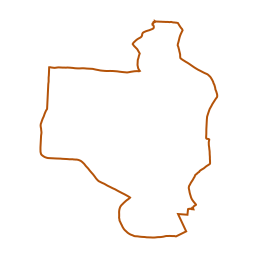 outline of S'ang, Kândal, Cambodia, rotated 183°
{"feature_id": "14789045B53905428212695", "entity_name": "S'ang", "entity_type": "district", "adm_level": 2, "iso_a3": "KHM", "parent_name": "Cambodia", "parent_adm1": "Kândal", "projection": "albers", "projection_center": [105.024, 11.319], "detail": "fine", "context": "isolated", "style": "outline", "palette": "amber", "viewbox_px": 256, "rotation_deg": 183, "n_neighbors": 0, "source": "geoboundaries", "source_scale": "gbopen_adm2", "svg_char_len": 4727}
<svg xmlns="http://www.w3.org/2000/svg" viewBox="0 0 256 256"><g transform="rotate(183 128 128)"><path d="M46.3,120.8L46.9,121.2L47.9,121.3L48.9,121.4L49.3,121.8L49.5,122.6L49.5,123.8L49.5,126.3L49.7,131.0L49.7,136.0L49.7,137.5L49.7,140.5L49.6,143.4L48.8,146.5L47.9,149.7L47.4,151.3L46.8,152.5L45.9,154.3L45.0,156.3L42.5,160.7L41.6,162.2L40.8,163.3L40.6,164.0L40.6,165.2L40.8,166.3L41.1,167.2L41.4,168.0L41.7,168.9L42.1,169.8L42.7,171.0L43.1,172.9L43.7,174.7L44.2,176.0L44.6,176.6L44.8,177.0L45.1,177.6L45.4,178.6L46.5,180.5L47.4,181.9L48.6,183.5L49.6,184.3L50.6,185.2L51.7,185.9L53.3,186.5L54.4,186.9L56.2,187.7L58.8,188.9L60.9,189.8L63.2,191.0L65.0,192.0L66.8,193.1L68.9,194.4L70.7,195.5L72.3,196.4L73.9,197.2L75.3,198.0L76.8,198.8L78.4,199.8L79.3,200.5L79.6,201.6L79.8,204.2L80.4,206.3L80.8,207.5L81.0,208.4L81.1,208.9L81.5,209.9L82.0,211.6L82.7,213.1L82.6,214.5L82.1,216.6L81.7,218.7L81.3,220.9L80.8,222.9L80.2,224.6L79.4,226.6L78.9,227.7L78.6,228.4L79.1,229.5L80.6,231.1L82.0,233.0L83.1,234.6L83.6,235.4L84.0,235.5L85.2,235.7L85.8,235.7L87.0,235.8L87.5,235.8L88.0,235.8L89.1,235.9L90.0,236.1L90.6,236.2L91.9,235.9L93.7,236.0L96.1,235.9L106.1,235.8L106.8,236.2L106.7,235.2L107.1,235.0L107.6,235.3L108.0,235.3L108.3,234.8L108.4,233.8L109.0,233.5L109.0,232.4L108.0,231.8L107.6,230.9L107.5,229.8L107.7,229.1L108.5,228.3L110.1,227.6L111.8,226.8L113.2,226.3L114.9,225.7L116.1,225.1L117.1,224.6L118.1,223.9L118.6,222.9L118.8,222.1L118.8,221.2L119.3,220.0L120.2,219.1L121.7,218.2L123.2,217.2L124.6,216.0L126.0,214.5L126.9,213.6L127.7,212.1L127.2,211.4L126.2,210.2L125.3,209.4L122.9,207.2L121.5,205.0L120.5,203.5L120.2,203.0L120.9,200.5L121.2,198.7L121.8,196.4L121.8,193.6L121.8,191.4L121.0,188.3L120.1,186.7L119.2,185.6L120.0,185.2L121.6,185.3L122.8,185.2L124.6,185.0L126.5,184.6L128.0,184.3L129.9,183.8L131.8,183.4L134.1,183.5L136.6,183.6L139.7,183.8L141.7,184.0L145.2,184.1L147.2,184.1L149.3,184.0L151.8,183.8L154.0,183.8L156.7,183.9L158.6,184.0L160.5,184.3L162.9,184.6L164.7,184.9L166.3,185.2L168.2,185.2L169.4,185.2L170.6,185.2L172.6,185.2L174.3,185.3L176.5,185.3L179.2,185.0L181.4,184.9L184.0,184.9L186.4,185.1L189.2,185.2L191.1,185.2L191.9,185.2L193.1,185.0L194.4,185.0L196.2,184.9L198.0,184.9L199.2,184.9L200.6,184.9L201.9,184.7L203.3,184.4L204.6,184.2L206.2,184.3L207.6,184.4L208.7,184.6L209.9,184.5L209.8,177.7L209.8,176.0L209.9,174.4L209.8,172.3L209.7,170.0L209.9,167.8L209.8,142.8L210.7,141.2L211.2,140.0L212.0,137.8L212.8,135.0L213.6,133.1L214.3,130.9L214.9,128.7L215.3,127.5L215.4,126.1L215.2,124.5L214.8,123.0L214.6,121.5L214.2,119.3L214.2,117.9L214.4,115.9L214.4,113.9L214.4,110.7L214.4,107.6L214.4,104.2L214.3,102.0L214.2,101.0L214.1,99.6L213.5,97.5L212.8,96.6L211.4,95.6L209.8,94.7L208.6,94.3L207.5,94.0L206.3,93.8L204.7,93.8L203.2,93.8L199.7,93.8L196.8,93.8L194.2,93.9L192.0,93.8L189.0,93.8L186.9,93.8L184.5,93.7L183.0,93.8L181.6,93.9L180.2,93.7L179.4,93.8L178.6,93.7L177.6,93.8L175.7,93.5L173.5,92.7L172.0,91.7L169.9,89.9L168.1,87.8L165.7,85.5L164.0,83.5L162.1,81.5L160.4,79.8L159.4,78.6L158.7,77.8L157.2,75.9L155.7,74.4L154.5,73.4L151.1,71.9L148.7,71.0L145.4,69.3L143.0,68.3L140.3,67.1L137.7,66.1L135.5,65.0L133.6,64.1L131.8,63.3L130.5,62.7L128.2,61.7L126.1,60.7L124.1,59.7L122.8,59.0L122.3,58.6L122.8,58.0L123.4,57.5L124.3,56.7L125.5,55.8L126.9,54.5L127.6,53.7L128.2,53.2L128.6,52.7L129.3,51.9L130.6,50.5L131.5,49.1L132.1,47.3L132.4,45.7L132.5,43.7L132.3,41.2L132.2,39.2L132.2,37.8L131.8,36.5L131.7,35.5L131.3,34.5L130.7,33.5L129.9,31.9L129.1,30.6L128.4,29.2L127.0,27.1L125.9,25.9L124.3,24.6L122.9,23.4L120.9,22.2L119.5,21.6L117.8,21.1L116.1,20.4L115.1,20.3L114.2,20.3L112.7,20.3L110.7,20.1L108.6,20.0L105.7,20.0L103.3,19.8L100.7,19.9L98.4,19.9L96.0,20.0L94.6,20.2L93.0,20.5L92.0,20.6L91.3,20.7L90.5,20.7L89.1,20.9L87.1,21.3L84.4,22.1L80.6,22.4L77.7,22.4L76.4,22.5L75.8,22.5L75.0,22.3L74.3,22.3L64.5,27.8L73.0,43.7L73.5,44.7L64.1,44.5L63.8,50.1L63.4,50.3L62.8,50.5L62.4,50.4L62.0,50.6L61.4,50.7L60.9,50.4L60.3,50.3L60.0,50.6L59.8,51.5L59.4,51.4L59.2,51.0L59.3,50.5L59.0,50.2L58.4,50.2L58.8,51.1L58.9,52.1L58.5,52.9L57.8,53.6L56.8,54.3L56.2,54.7L56.1,55.1L57.1,56.2L58.6,57.8L60.0,59.5L60.9,60.9L61.6,62.5L62.1,64.0L62.5,65.0L63.1,66.9L63.5,68.7L63.9,70.1L64.2,71.3L64.1,72.4L63.9,73.4L63.1,74.9L62.6,76.1L62.0,77.2L61.5,78.1L61.1,78.7L60.6,79.6L60.1,80.6L59.7,81.5L59.0,82.7L58.7,83.6L58.3,84.7L57.6,85.3L57.0,85.7L56.6,86.3L55.7,87.1L55.3,87.5L54.7,87.8L54.1,88.9L53.0,89.8L51.7,90.7L50.3,91.6L49.2,92.6L47.8,93.9L46.5,94.8L45.4,95.6L44.6,96.2L44.3,96.6L44.2,97.2L44.3,98.4L44.4,99.9L44.6,101.3L44.7,103.3L44.9,104.9L45.1,106.7L45.2,108.3L45.4,109.7L45.7,111.2L45.9,112.7L46.2,114.2L46.4,115.3L46.5,116.8L46.6,117.6L46.5,119.1L46.3,120.2L46.3,120.8Z" fill="none" stroke="#b45309" stroke-width="2"/></g></svg>